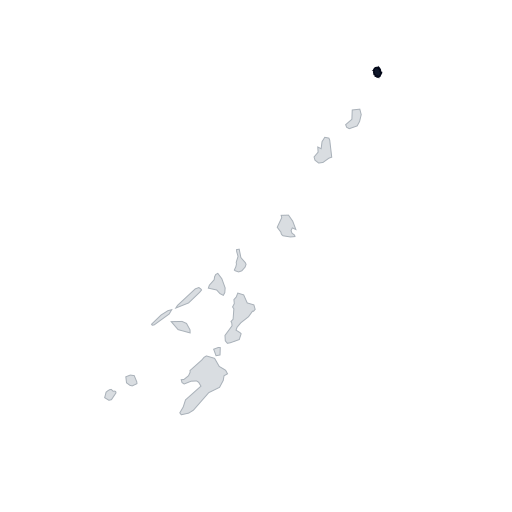 Aneityum, Tafea, Vanuatu shown in context, rotated 239°
{"feature_id": "77236927B63418931336998", "entity_name": "Aneityum", "entity_type": "district", "adm_level": 2, "iso_a3": "VUT", "parent_name": "Vanuatu", "parent_adm1": "Tafea", "projection": "mercator", "projection_center": [169.832, -20.195], "detail": "fine", "context": "in_parent", "style": "filled", "palette": "ink", "viewbox_px": 512, "rotation_deg": 239, "n_neighbors": 0, "source": "geoboundaries", "source_scale": "gbopen_adm2", "svg_char_len": 4581}
<svg xmlns="http://www.w3.org/2000/svg" viewBox="0 0 512 512"><g transform="rotate(239 256 256)"><path d="M169.0,121.5L172.8,141.8L177.3,141.8L179.5,140.7L182.1,135.9L183.3,128.5L185.6,127.4L188.5,128.2L187.3,130.6L188.1,136.5L190.4,139.8L191.8,140.4L194.8,156.1L195.9,159.3L195.9,162.0L189.6,167.8L180.3,167.6L173.7,171.1L169.7,170.9L169.8,166.9L166.2,163.8L162.2,157.1L163.2,145.1L156.1,123.0L156.0,117.4L158.4,110.2L160.8,109.9L164.1,115.9L169.0,121.5ZM208.5,199.5L211.2,200.8L212.7,200.8L213.6,203.8L222.1,209.8L224.4,209.7L226.4,212.9L230.0,214.6L231.0,217.9L233.6,221.3L229.0,225.4L220.3,224.3L215.2,229.0L210.7,227.8L209.9,225.4L210.5,224.6L207.8,218.3L206.6,208.7L204.7,203.1L202.7,200.7L198.6,202.8L197.0,203.2L193.0,198.6L194.9,189.2L195.9,186.5L199.1,186.0L203.9,188.5L208.5,199.5ZM322.3,376.1L319.5,379.2L317.2,378.8L301.7,371.8L302.3,368.9L301.7,361.6L303.4,357.6L307.7,355.9L311.0,356.8L313.0,362.7L317.6,365.1L314.4,367.1L320.0,371.5L322.3,376.1ZM269.7,289.0L275.6,297.8L277.9,298.5L274.3,304.9L266.9,305.4L258.2,303.8L261.4,301.6L259.7,299.1L257.1,298.6L254.0,299.8L252.6,299.4L254.6,295.3L259.4,289.6L260.9,289.1L262.2,289.1L263.5,289.6L269.7,289.0ZM260.8,214.3L254.1,215.0L244.5,213.1L240.7,210.4L239.1,207.7L242.4,205.7L247.1,204.8L253.0,198.6L255.0,201.0L257.2,207.9L259.6,209.9L260.9,212.0L260.8,214.3ZM331.6,413.7L328.4,420.6L323.0,419.0L318.0,414.1L315.4,409.7L317.1,401.5L319.7,400.0L322.4,400.5L323.8,408.6L331.6,413.7ZM255.9,191.8L254.9,191.8L253.9,189.0L250.5,174.0L252.7,160.5L254.1,163.3L259.1,187.0L258.4,190.8L255.9,191.8ZM269.7,241.7L271.5,242.6L270.5,245.1L262.4,242.2L255.8,243.4L254.0,243.2L252.1,240.9L250.6,236.2L251.3,232.9L254.0,230.6L255.1,230.2L257.1,233.1L259.0,235.0L260.8,235.8L264.9,240.4L269.7,241.7ZM238.0,158.9L234.0,161.7L226.7,161.4L224.0,159.9L233.0,151.3L243.4,149.5L238.0,158.9ZM218.7,86.9L216.2,90.0L209.5,89.0L207.9,88.2L208.4,83.0L210.1,81.3L214.0,79.7L219.5,82.2L218.7,86.9ZM213.0,65.3L212.1,65.9L210.8,65.5L207.3,58.1L208.1,55.6L212.5,53.3L216.5,57.4L216.8,59.6L216.8,61.6L216.2,63.2L213.6,63.9L213.0,65.3ZM254.5,152.3L253.4,156.1L251.0,151.7L249.4,133.2L250.1,131.4L251.3,131.3L254.3,144.2L254.5,152.3ZM355.5,454.4L353.5,457.9L350.3,457.9L346.1,455.4L346.9,452.3L351.6,451.8L352.9,452.0L355.5,454.4ZM197.0,176.6L195.9,178.2L189.7,174.2L191.1,170.4L197.9,171.7L197.0,176.6Z" fill="#d9dde1" stroke="#a8b0b8" stroke-width="1"/><path d="M351.7,458.5L351.8,458.5L352.0,458.5L352.0,458.4L352.4,458.1L352.5,458.0L352.7,457.9L352.6,458.1L352.8,458.2L352.9,458.3L352.9,458.5L353.0,458.5L353.2,458.4L353.2,458.5L353.3,458.5L353.3,458.4L353.5,458.2L353.9,458.3L354.0,458.3L354.0,458.2L354.3,458.2L354.2,458.1L354.3,458.1L354.5,458.0L354.5,457.9L354.4,457.9L354.5,457.8L354.4,457.8L354.4,457.7L354.5,457.6L354.8,457.4L355.0,457.3L354.9,457.3L354.9,457.2L355.0,457.2L355.1,456.9L355.3,456.8L355.2,456.8L355.2,456.7L355.3,456.4L355.4,456.2L355.5,456.2L355.6,455.9L355.6,455.7L355.8,455.5L355.8,455.4L355.8,455.2L355.9,454.9L356.0,454.9L355.9,454.9L355.9,454.7L355.8,454.4L355.7,454.2L355.5,453.9L355.4,453.7L355.3,453.4L355.2,453.2L355.0,452.9L354.9,452.9L354.7,452.9L354.4,452.8L354.4,452.7L354.4,452.4L354.3,452.5L354.2,452.5L353.9,452.5L353.7,452.4L353.4,452.2L353.2,452.0L353.2,451.9L352.9,451.9L352.8,451.7L352.7,451.7L352.5,451.4L352.4,451.4L352.2,451.3L352.1,451.2L351.8,451.2L351.7,451.2L351.7,451.3L351.4,451.3L351.3,451.2L351.2,451.2L350.9,451.2L350.8,451.3L350.7,451.3L350.5,451.2L350.3,451.3L350.3,451.2L350.2,451.3L350.1,451.2L349.9,451.2L349.7,451.2L349.4,451.2L349.3,451.3L349.1,451.3L348.9,451.4L348.8,451.5L348.7,451.5L348.5,451.8L348.5,451.7L348.4,451.7L348.2,451.5L348.2,451.4L348.0,451.6L347.8,451.7L347.7,451.7L347.5,451.8L347.3,451.8L347.2,451.9L347.2,452.0L347.0,452.3L346.8,452.4L346.8,452.5L346.6,452.6L346.6,452.8L346.6,453.0L346.5,453.4L346.5,453.6L346.4,453.6L346.5,453.7L346.5,453.8L346.5,454.0L346.5,454.3L346.4,454.4L346.4,454.5L346.5,454.5L346.7,454.8L346.7,455.0L346.8,455.0L346.8,455.3L347.1,455.5L347.2,455.8L347.2,456.0L347.3,456.2L347.5,456.2L347.6,456.3L347.8,456.4L347.8,456.5L347.7,456.8L347.8,456.9L347.8,457.0L348.0,457.2L348.0,457.3L348.1,457.5L348.2,457.4L348.4,457.3L348.6,457.3L348.8,457.5L348.8,457.8L348.7,458.0L348.8,458.1L349.0,457.9L349.1,457.7L349.2,457.4L349.3,457.3L349.3,457.2L349.3,457.3L349.2,457.4L349.2,457.5L349.3,457.5L349.5,457.5L349.8,457.6L350.0,457.6L350.0,457.8L350.3,457.9L350.5,457.7L350.8,457.6L350.9,457.8L351.0,458.0L351.2,457.9L351.3,457.9L351.5,458.0L351.5,458.3L351.6,458.5L351.6,458.4L351.7,458.5Z" fill="#0f172a" stroke="#020617" stroke-width="1.5"/></g></svg>